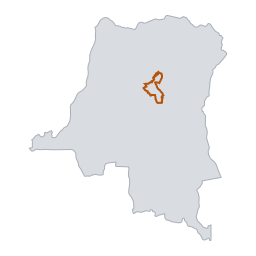 location of Opala, Orientale, Democratic Republic of the Congo
{"feature_id": "63176286B48725841971461", "entity_name": "Opala", "entity_type": "district", "adm_level": 2, "iso_a3": "COD", "parent_name": "Democratic Republic of the Congo", "parent_adm1": "Orientale", "projection": "natural_earth1", "projection_center": [24.381, -0.71], "detail": "fine", "context": "in_parent", "style": "outline", "palette": "amber", "viewbox_px": 256, "rotation_deg": 0, "n_neighbors": 0, "source": "geoboundaries", "source_scale": "gbopen_adm2", "svg_char_len": 6604}
<svg xmlns="http://www.w3.org/2000/svg" viewBox="0 0 256 256"><path d="M221.1,177.4L202.0,180.9L202.3,182.2L202.1,183.5L201.6,184.5L199.7,187.3L196.8,189.8L196.8,190.4L198.2,193.2L199.1,197.1L198.9,203.9L199.3,205.7L199.2,207.2L198.2,208.8L196.2,216.9L197.5,220.9L201.3,224.6L203.5,227.4L207.2,228.3L207.8,228.2L208.1,225.9L211.0,225.0L211.0,239.6L210.7,240.5L210.2,240.6L209.5,240.2L209.3,238.8L208.5,238.2L204.8,240.0L203.9,239.9L202.9,239.6L202.2,238.9L202.0,237.8L199.4,233.5L198.2,233.2L196.8,229.4L191.1,226.6L188.9,226.4L187.7,225.5L186.6,222.5L184.7,220.6L184.3,218.4L183.9,218.1L182.7,218.5L181.7,221.9L180.4,222.7L178.1,222.8L172.2,221.8L168.0,220.1L166.9,220.2L165.2,218.6L164.6,216.0L164.9,214.0L164.6,213.7L158.2,215.4L156.7,216.4L155.2,216.2L154.8,215.6L155.4,214.2L155.1,212.7L154.6,212.0L152.7,211.5L152.1,209.8L151.0,209.6L150.6,209.8L150.3,210.9L149.6,211.3L145.8,210.8L141.8,212.2L136.5,211.8L134.0,213.5L133.6,213.5L133.0,212.6L132.5,209.8L132.8,209.1L133.6,208.5L133.9,207.4L133.6,204.6L133.8,203.9L133.5,202.2L132.7,199.6L131.6,197.5L129.2,194.3L128.7,192.7L128.9,189.1L129.7,183.4L129.6,179.2L128.6,176.4L128.4,173.5L129.0,168.2L128.4,166.9L116.2,166.4L115.7,166.0L115.5,165.3L116.0,162.1L108.6,162.9L106.4,163.5L105.0,164.8L104.6,166.5L104.6,168.8L103.4,171.0L103.1,174.7L101.1,175.1L99.0,175.1L95.1,174.3L91.3,175.4L89.4,176.4L88.4,175.9L84.9,176.3L84.5,176.0L80.5,168.6L78.7,166.2L78.4,165.0L78.5,163.8L78.0,162.3L76.2,158.5L75.9,156.8L75.9,154.0L75.7,153.1L74.0,150.7L72.9,149.9L71.7,149.5L51.9,149.8L45.3,149.4L40.6,149.7L38.1,149.5L37.4,149.1L35.3,149.6L34.1,150.6L32.4,151.1L31.3,150.9L29.3,148.2L32.1,147.7L32.3,147.4L32.4,140.9L31.7,140.0L33.2,138.8L35.6,135.9L37.9,134.9L38.2,134.3L38.8,134.3L39.6,135.6L41.7,137.1L44.2,135.7L44.4,135.4L44.8,132.5L45.4,132.3L46.5,132.9L47.1,132.9L48.2,132.1L51.4,130.7L52.4,132.5L51.5,134.1L51.9,135.3L52.0,137.1L52.5,137.5L55.1,137.7L55.8,137.2L60.8,130.8L62.1,130.0L64.3,127.5L67.1,126.3L68.3,124.3L69.9,120.7L70.6,115.5L70.3,106.4L70.6,105.2L74.0,101.2L77.5,93.8L79.8,91.9L81.6,91.1L84.3,88.4L86.5,85.7L86.2,82.4L86.7,79.7L87.9,76.3L88.3,72.7L87.9,68.8L88.1,65.7L89.7,60.7L89.8,54.9L91.3,50.1L94.2,44.0L95.6,39.5L95.3,35.0L95.7,31.7L95.6,29.7L95.0,28.0L95.3,27.0L96.4,26.5L97.8,24.8L100.2,20.4L102.9,18.3L104.7,17.6L106.6,17.6L107.9,18.0L109.9,19.8L112.2,21.2L113.9,22.9L115.6,25.6L119.8,26.1L121.5,27.1L122.6,27.5L123.0,27.2L123.9,27.4L125.8,28.2L127.3,27.7L135.0,29.5L135.8,28.6L138.0,24.0L139.6,22.4L142.2,22.3L144.2,23.1L145.3,23.1L154.6,19.2L155.8,19.0L159.2,19.9L161.4,19.3L162.3,19.5L164.3,18.8L165.8,16.0L167.1,15.4L180.5,18.4L182.6,16.9L183.6,16.7L186.6,17.8L187.5,19.5L189.3,21.0L190.6,23.4L192.6,24.7L193.6,26.0L194.8,26.9L197.2,27.2L200.3,25.0L202.5,25.3L204.7,26.4L205.5,26.4L207.1,25.1L208.0,23.8L208.8,23.5L210.1,24.1L211.2,25.3L212.1,27.2L215.5,31.3L218.8,33.1L219.6,35.6L220.8,35.4L221.3,35.6L222.2,37.2L222.8,37.5L222.9,38.2L222.1,39.7L221.3,42.6L222.3,44.4L221.5,47.0L221.1,49.6L222.1,50.3L223.5,50.3L224.7,51.6L225.7,51.9L226.7,53.3L226.5,54.6L223.3,58.9L218.5,64.2L216.9,64.9L216.0,65.9L215.4,67.4L214.0,68.7L212.9,69.3L212.9,73.1L211.2,77.1L210.6,77.9L209.7,84.4L209.9,85.5L209.0,90.8L209.1,95.8L206.8,97.3L205.2,99.7L204.5,101.4L204.5,105.4L201.9,107.9L201.7,108.5L202.3,111.3L203.3,111.7L203.3,112.7L205.5,115.7L205.3,125.1L205.4,126.0L206.6,128.2L207.3,132.5L206.5,137.9L209.4,147.8L208.1,151.4L208.7,154.9L210.4,158.5L214.5,162.1L215.6,163.6L216.6,165.5L217.6,168.6L221.1,177.4Z" fill="#d9dde1" stroke="#a8b0b8" stroke-width="1"/><path d="M155.9,99.7L156.0,99.9L156.2,100.5L156.4,100.9L156.5,101.5L156.7,101.9L156.8,102.0L157.3,102.4L157.5,102.9L161.5,102.9L161.9,102.7L161.8,102.4L162.0,102.3L162.0,102.2L162.0,101.9L162.0,101.7L161.9,101.7L161.8,101.4L161.8,101.2L161.8,100.9L161.9,100.7L162.0,100.4L162.1,100.1L162.1,99.9L162.2,99.7L162.2,99.4L162.2,99.2L162.0,98.8L161.9,98.6L162.0,98.5L161.9,98.5L161.8,98.4L161.8,98.2L162.1,98.0L162.1,97.6L162.2,97.4L161.9,97.3L161.9,97.2L161.8,96.9L161.7,96.9L161.7,96.7L161.8,96.4L162.0,96.3L162.1,96.2L162.3,96.1L162.5,96.1L162.9,95.7L163.0,95.5L163.2,95.4L162.9,95.0L162.8,94.4L162.6,93.6L162.4,93.2L161.8,92.7L161.3,92.2L160.9,91.7L160.4,91.0L159.8,90.2L159.1,89.6L158.2,89.0L158.0,88.9L157.9,88.5L157.6,88.0L157.3,87.7L157.1,87.4L157.1,87.2L156.9,86.6L156.7,86.1L156.5,85.2L156.3,84.9L156.1,84.7L155.7,84.1L155.6,83.3L155.3,82.9L155.2,82.6L155.5,82.6L155.5,82.4L155.8,82.3L156.0,82.3L156.3,82.3L159.0,82.8L159.3,83.0L160.8,79.9L161.2,79.0L161.7,78.1L161.9,77.6L162.0,77.4L162.0,77.2L162.0,75.8L161.9,75.0L161.7,74.7L161.7,74.3L161.7,74.2L161.5,73.8L161.4,73.6L161.2,73.6L160.6,73.5L160.3,73.2L159.2,72.7L158.9,72.5L158.8,72.4L158.6,73.0L158.4,73.2L158.3,73.3L158.1,73.9L158.0,74.2L157.9,74.2L156.9,74.9L156.7,75.0L156.4,74.9L156.5,74.8L156.5,74.6L156.7,74.4L156.9,74.1L157.1,74.1L157.3,74.0L157.5,74.0L157.8,73.7L157.7,73.2L157.6,72.9L157.6,72.6L157.4,72.8L157.2,73.0L156.9,73.3L156.5,73.3L156.1,73.4L155.8,74.1L155.8,74.4L155.7,74.7L155.6,75.5L155.1,75.1L154.8,74.5L154.8,74.9L154.6,76.1L154.6,76.3L154.5,76.6L154.4,76.7L154.4,76.8L154.5,77.0L154.4,77.1L154.2,76.9L153.9,76.8L153.8,77.0L153.7,77.1L153.3,77.6L153.1,77.8L153.1,78.0L153.3,78.2L153.7,78.8L153.8,78.9L153.9,79.0L154.0,79.1L154.1,79.4L154.1,79.6L153.1,80.5L152.9,80.7L152.9,80.8L152.8,81.0L152.7,81.0L152.2,81.0L151.7,81.1L151.5,81.3L151.6,81.6L151.8,82.2L151.6,82.2L151.3,82.3L151.1,82.3L150.9,82.4L150.7,82.3L150.4,82.5L150.2,82.6L149.9,82.7L149.6,82.6L149.4,82.7L149.2,83.0L148.8,83.5L148.7,83.6L148.1,83.8L147.7,83.8L147.3,83.8L146.7,83.8L146.3,83.8L146.3,83.7L146.2,83.7L145.9,83.9L145.5,84.0L145.2,84.0L145.3,84.1L145.4,84.3L145.5,84.4L145.6,84.5L145.7,85.0L145.8,85.3L145.9,85.6L146.0,85.7L146.1,85.9L146.2,86.0L146.4,86.1L146.5,86.2L146.5,86.5L146.3,86.5L146.1,86.6L145.9,86.7L145.7,86.7L145.5,86.8L145.4,86.9L145.1,86.9L145.0,87.0L144.9,87.1L144.7,87.2L144.5,87.3L144.4,87.4L144.3,87.5L144.3,87.9L144.3,88.0L144.2,88.1L143.8,88.0L143.6,88.1L143.9,88.5L144.0,88.6L144.1,88.8L144.5,89.2L144.6,89.3L144.8,89.5L144.9,89.9L145.1,89.9L145.3,90.1L145.5,90.2L145.8,90.5L146.1,90.8L146.5,91.0L146.8,91.1L147.0,91.2L147.3,91.2L147.6,91.2L147.8,91.7L147.9,92.0L147.8,92.3L147.7,92.8L147.8,92.9L148.0,92.9L148.5,93.0L148.8,93.1L149.2,93.4L149.3,93.4L149.3,93.7L149.5,93.9L149.6,94.1L149.7,94.4L149.8,94.6L150.2,94.8L150.3,94.8L150.4,95.2L150.6,95.6L150.8,95.6L151.0,95.4L151.3,95.3L151.4,95.2L151.5,95.2L151.8,95.0L151.9,94.9L152.0,94.8L152.6,95.0L154.1,95.0L155.0,95.0L155.1,95.8L155.3,96.2L155.4,97.2L155.6,98.6L155.5,98.9L155.7,99.1L155.9,99.7Z" fill="none" stroke="#b45309" stroke-width="2"/></svg>